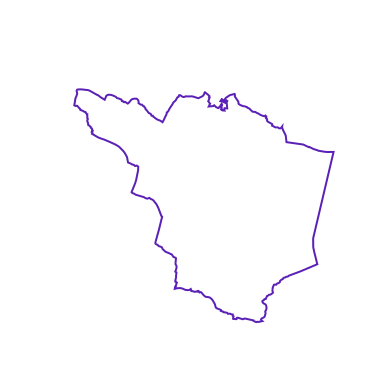 Sao Hai, Saraburi, Thailand (orthographic projection), rotated 289°
{"feature_id": "78962969B47603899438932", "entity_name": "Sao Hai", "entity_type": "district", "adm_level": 2, "iso_a3": "THA", "parent_name": "Thailand", "parent_adm1": "Saraburi", "projection": "orthographic", "projection_center": [100.84, 14.59], "detail": "fine", "context": "isolated", "style": "outline", "palette": "violet", "viewbox_px": 384, "rotation_deg": 289, "n_neighbors": 0, "source": "geoboundaries", "source_scale": "gbopen_adm2", "svg_char_len": 5936}
<svg xmlns="http://www.w3.org/2000/svg" viewBox="0 0 384 384"><g transform="rotate(289 192 192)"><path d="M100.0,233.7L98.5,236.1L97.5,238.3L97.4,239.4L98.0,242.1L98.0,243.1L97.8,243.9L97.1,245.6L96.5,246.6L93.7,249.8L93.1,250.4L91.6,251.3L90.8,251.9L90.4,252.4L90.1,253.2L89.9,257.8L89.7,258.1L88.9,258.1L89.0,260.7L88.9,260.8L88.6,261.0L89.0,262.7L89.2,264.5L88.5,265.6L89.0,266.6L89.3,267.6L89.2,268.6L89.3,269.8L89.5,270.4L89.2,270.6L88.6,270.6L88.2,270.8L88.0,271.1L88.1,271.6L87.9,271.8L86.5,271.9L85.5,272.1L85.4,272.3L86.3,275.5L86.6,275.6L87.6,275.4L87.9,275.8L88.2,277.3L88.1,277.9L88.2,281.4L88.9,282.4L89.5,282.9L89.6,283.2L90.6,291.9L90.1,292.2L90.1,292.4L89.9,294.8L89.9,295.1L90.5,295.9L91.0,297.7L91.7,298.6L92.8,300.5L93.1,299.6L93.7,299.0L94.1,298.7L95.0,299.0L96.9,300.8L97.8,301.2L99.2,301.2L101.0,301.1L103.0,300.1L103.5,300.2L104.2,300.5L106.3,300.3L107.0,300.1L108.1,299.5L109.5,298.4L109.7,298.0L109.8,296.9L110.2,295.4L111.0,294.4L111.4,294.1L111.8,294.1L112.2,294.2L113.2,295.1L114.3,295.4L114.9,296.6L116.1,296.6L118.2,296.9L119.0,297.8L119.9,298.3L120.3,299.2L120.7,299.7L121.4,300.3L123.0,301.3L123.5,301.2L124.8,300.2L127.6,299.5L128.9,299.5L131.0,299.7L131.3,300.1L131.7,301.7L132.5,301.9L133.5,302.6L133.9,303.4L135.3,304.4L136.4,304.2L136.8,304.3L138.2,305.1L139.2,306.2L140.1,306.3L140.8,306.7L141.6,308.1L142.4,308.5L143.3,310.2L144.4,310.8L152.2,320.3L164.5,334.0L175.4,326.9L179.3,324.6L186.6,322.0L188.0,321.6L276.0,312.8L274.0,307.3L273.7,306.2L273.3,304.7L272.2,298.2L272.3,296.1L272.2,292.8L272.8,288.2L272.4,287.9L273.1,281.7L269.9,265.1L275.8,262.3L276.9,261.3L278.9,259.2L281.8,256.5L282.8,256.0L283.3,255.9L281.5,255.3L280.8,254.6L280.6,253.8L281.0,252.1L280.9,251.5L280.3,250.1L280.3,249.0L280.7,247.5L280.8,246.1L281.8,246.0L282.3,245.7L283.2,240.8L283.6,240.0L284.0,239.7L285.3,239.3L285.5,239.0L285.8,238.0L286.1,237.7L286.5,237.7L287.0,237.9L287.5,237.8L288.2,236.5L287.2,235.8L287.1,235.6L287.1,233.5L287.2,231.4L287.8,229.1L287.9,227.1L288.3,226.0L288.3,225.6L287.8,224.2L287.7,222.9L288.3,221.7L288.6,220.8L289.3,219.7L289.6,218.7L289.7,217.1L290.1,216.6L290.2,214.5L289.8,212.2L289.9,211.6L289.9,209.7L290.4,207.6L290.7,207.2L292.5,206.4L296.2,201.5L296.6,201.3L297.5,201.1L297.8,200.7L298.4,200.6L298.6,200.3L298.0,199.4L297.2,198.3L296.5,197.1L295.7,196.1L292.1,193.4L291.0,193.0L290.1,192.8L290.0,194.1L289.5,195.8L288.4,195.6L288.6,193.9L289.0,193.0L288.9,192.3L289.5,189.9L287.1,189.3L287.1,190.3L287.7,191.5L287.2,193.3L287.2,194.2L286.9,196.1L282.5,198.1L281.8,195.5L280.8,195.5L279.6,196.3L279.3,195.0L279.1,194.7L279.1,194.2L279.5,193.9L279.2,193.4L279.5,192.6L281.1,192.7L281.2,192.2L282.5,191.9L283.4,192.2L284.2,192.1L285.0,191.4L284.1,191.0L282.4,190.7L281.4,190.4L281.0,190.0L280.0,189.8L279.9,188.9L280.0,187.4L281.2,184.7L280.2,184.2L278.3,180.0L278.9,180.1L280.8,180.2L281.4,180.4L282.0,179.4L283.1,177.8L283.8,178.0L284.2,177.9L287.0,177.9L287.2,177.2L288.3,177.3L289.1,175.7L290.5,171.8L289.7,171.5L288.1,171.6L286.2,170.9L283.0,167.8L282.7,167.3L282.6,162.0L282.4,160.7L281.2,157.5L280.4,154.9L279.2,153.5L279.0,152.9L279.1,151.5L279.7,149.4L279.3,148.3L279.0,148.2L277.8,148.4L277.0,147.6L276.5,147.3L273.1,146.7L270.8,145.3L268.3,144.9L265.9,144.2L262.8,143.5L261.0,143.3L259.3,142.7L259.1,142.3L256.5,142.6L255.3,142.3L250.5,141.8L248.4,141.4L249.1,138.9L249.2,136.1L249.4,134.7L250.7,130.7L251.3,130.2L251.0,129.3L251.1,128.7L252.1,128.0L252.6,126.6L252.6,125.5L252.7,125.2L254.4,122.8L255.2,121.1L256.0,120.8L256.7,119.5L257.4,118.9L257.3,117.9L257.9,117.0L258.3,116.3L257.9,115.2L258.6,112.5L259.5,112.3L260.4,111.9L261.1,111.3L261.6,110.7L262.1,109.6L262.1,108.9L261.4,106.9L260.3,105.2L259.3,104.5L255.6,103.1L254.7,102.5L255.4,99.5L255.3,99.0L254.8,98.6L254.8,98.2L255.4,97.1L255.1,96.4L255.1,96.1L256.3,95.3L256.5,94.9L256.4,93.6L256.6,92.8L256.4,90.6L256.6,90.0L257.0,89.4L257.2,88.7L257.4,87.0L257.5,85.1L257.4,83.5L257.0,82.1L256.7,81.2L255.8,80.2L255.0,79.7L250.8,79.4L251.9,74.6L253.1,71.2L252.9,70.6L254.5,62.1L254.5,60.6L253.2,54.7L252.6,52.7L251.8,50.8L251.5,50.2L251.1,50.0L249.9,50.0L248.2,51.2L247.6,51.4L244.8,51.5L242.7,51.3L235.6,52.5L235.4,53.7L236.1,55.1L236.1,55.5L234.6,58.0L234.3,58.9L233.9,59.1L233.6,59.7L233.2,59.9L233.4,60.4L233.2,61.0L233.2,62.6L232.8,63.7L232.9,64.4L232.7,64.9L232.9,65.3L232.6,65.7L232.2,65.9L231.7,66.9L231.3,67.2L231.4,67.7L230.2,67.9L229.8,68.3L229.3,68.5L228.9,68.7L227.9,68.8L227.1,69.8L226.5,69.8L225.9,69.6L225.5,69.8L225.0,69.8L224.0,70.8L223.2,71.1L223.0,71.5L221.6,72.0L221.3,73.5L220.6,74.6L220.6,75.0L219.8,75.4L219.6,75.9L219.6,76.4L219.2,76.7L219.1,77.0L218.2,77.3L217.8,78.2L217.3,78.2L216.6,77.6L216.0,77.6L215.8,77.7L215.3,78.8L214.6,78.8L214.4,78.7L213.9,81.5L213.5,83.2L213.1,85.1L212.9,89.6L213.0,91.4L212.6,97.5L212.0,103.8L211.3,107.4L210.6,109.3L208.3,113.8L207.0,115.7L205.6,117.3L203.7,119.3L199.1,121.9L198.9,124.8L198.5,126.4L198.7,127.4L198.6,128.6L198.0,129.7L199.0,131.2L198.5,132.9L194.9,134.0L185.0,135.3L181.6,135.4L172.3,134.9L172.0,135.0L171.6,135.9L171.6,137.6L171.1,139.6L171.5,147.9L171.0,150.5L171.2,152.0L172.6,153.6L172.1,154.8L171.8,157.5L171.5,158.2L168.9,162.3L165.9,165.4L159.5,170.7L158.9,171.8L145.7,173.0L132.4,173.8L131.6,174.1L131.1,174.5L130.7,177.0L130.1,177.9L130.0,179.4L130.1,180.0L129.9,181.4L129.7,181.8L128.6,182.6L127.0,186.1L126.8,187.4L126.7,190.1L126.4,192.0L126.4,193.2L124.5,195.7L124.6,196.7L124.2,198.4L118.6,199.8L117.1,201.3L116.0,201.9L113.5,202.2L111.6,202.0L111.2,202.2L110.9,203.5L107.5,204.2L106.3,204.7L102.5,205.1L102.3,205.6L101.7,205.6L101.4,207.2L99.7,207.1L97.3,207.4L97.1,206.9L96.9,206.9L94.8,207.2L96.1,209.2L97.4,212.2L97.6,214.5L97.3,217.4L97.7,219.5L98.3,221.1L98.5,221.4L99.9,222.4L99.2,223.1L98.2,223.5L98.2,224.5L98.5,225.2L98.5,227.2L99.3,228.3L99.4,229.3L100.2,229.5L100.5,230.0L100.5,230.6L99.5,231.4L99.4,231.7L99.5,232.0L100.1,232.6L100.2,233.0L100.0,233.7Z" fill="none" stroke="#5b21b6" stroke-width="2"/></g></svg>